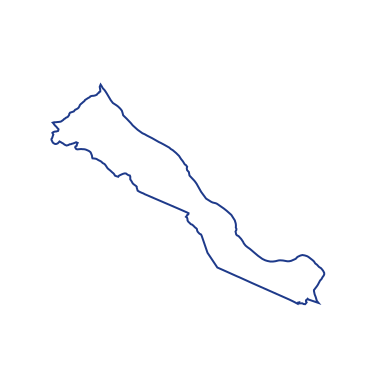 the district of Presidente Epitácio, São Paulo, Brazil, rotated 107°
{"feature_id": "56859067B48653003049602", "entity_name": "Presidente Epitácio", "entity_type": "district", "adm_level": 2, "iso_a3": "BRA", "parent_name": "Brazil", "parent_adm1": "São Paulo", "projection": "equal_earth", "projection_center": [-52.191, -21.884], "detail": "fine", "context": "isolated", "style": "outline", "palette": "blue", "viewbox_px": 384, "rotation_deg": 107, "n_neighbors": 0, "source": "geoboundaries", "source_scale": "gbopen_adm2", "svg_char_len": 4079}
<svg xmlns="http://www.w3.org/2000/svg" viewBox="0 0 384 384"><g transform="rotate(107 192 192)"><path d="M268.0,58.2L266.8,58.3L266.2,57.3L267.3,57.2L266.8,55.8L266.2,53.9L266.5,52.5L266.2,51.0L265.3,50.6L264.1,50.1L263.1,51.1L262.2,51.3L261.4,50.7L260.3,50.2L260.8,49.3L260.8,47.9L261.1,38.6L259.6,40.8L256.4,42.9L254.0,44.8L251.1,46.4L250.1,46.7L246.1,45.2L244.9,44.8L243.8,44.5L239.1,43.6L237.7,42.8L235.0,42.2L233.4,41.6L231.9,41.5L230.6,42.0L228.9,43.7L227.2,46.2L226.5,48.7L225.0,51.2L224.3,53.2L222.7,55.1L221.9,56.8L220.0,61.8L219.7,63.5L219.7,65.7L220.0,68.0L221.1,69.8L223.2,72.1L224.1,72.6L225.6,73.3L228.8,77.0L229.9,79.0L230.4,80.8L230.9,85.0L231.6,87.9L232.2,89.3L233.8,92.0L234.8,94.2L235.6,96.7L235.9,99.7L235.9,102.0L235.4,105.2L234.3,108.4L233.7,110.2L231.6,115.1L230.4,117.8L229.4,120.2L228.6,122.7L227.6,125.1L226.0,127.4L224.6,128.7L222.5,131.3L220.6,134.5L220.3,136.3L219.7,137.3L217.1,138.8L215.3,138.5L214.2,138.8L213.2,139.7L211.5,140.1L209.9,140.7L209.0,141.2L206.6,142.8L202.4,147.7L199.8,153.4L198.5,156.7L196.0,164.5L195.8,166.0L196.0,169.2L195.8,170.7L194.2,176.6L189.2,183.3L182.8,190.0L181.4,191.8L180.5,193.1L177.0,199.2L174.9,200.3L173.9,200.8L172.5,203.1L170.7,204.0L169.3,204.0L168.1,205.6L167.7,207.0L165.4,209.6L163.6,212.2L161.3,214.9L159.4,218.5L157.6,222.7L157.1,224.8L156.2,226.7L154.9,232.6L154.2,236.2L153.9,238.3L152.2,245.8L151.2,251.5L150.6,254.1L150.3,256.6L148.4,262.2L145.6,268.2L144.0,270.6L141.0,275.9L138.8,280.2L136.4,281.7L134.7,282.9L133.3,284.9L131.9,287.6L131.2,289.5L130.0,293.7L128.0,296.5L122.7,302.3L121.0,304.3L120.0,305.6L118.9,307.6L116.9,309.7L116.0,310.8L118.4,311.0L120.0,310.2L121.4,309.5L122.8,309.1L123.5,310.0L124.4,310.1L125.4,311.0L126.8,311.5L127.8,312.6L128.7,314.1L129.3,315.7L130.2,317.1L131.3,317.6L132.7,319.0L133.8,319.9L134.5,320.5L135.3,321.2L136.5,321.5L137.8,322.4L139.0,323.1L140.0,323.8L140.9,324.3L141.8,324.7L142.8,324.7L144.5,325.1L145.5,325.7L146.7,326.8L147.4,327.7L148.5,328.2L149.5,328.6L150.6,330.1L151.8,331.8L153.2,332.2L154.3,332.0L155.1,332.3L156.2,332.6L157.3,333.6L158.0,334.4L158.9,334.9L159.7,335.7L160.8,336.2L161.6,336.9L162.5,337.5L163.2,338.3L163.9,339.8L164.6,341.5L165.3,343.1L165.6,344.2L166.4,345.4L167.0,344.4L167.7,343.6L168.6,342.2L169.2,340.9L170.1,339.6L171.0,338.0L172.7,337.9L173.7,339.3L174.3,340.8L175.2,342.1L176.3,342.8L177.0,342.1L177.6,341.4L179.0,341.5L180.7,341.5L181.6,341.6L182.5,341.9L183.4,341.5L184.4,340.5L185.4,339.6L185.9,338.3L186.1,336.9L185.7,335.8L184.8,334.7L183.4,333.9L182.4,333.5L182.7,332.0L183.0,330.9L183.3,329.4L183.8,328.2L184.1,327.0L184.2,325.5L183.2,323.9L182.2,323.0L181.7,321.8L181.0,321.0L180.5,320.1L179.8,319.2L179.1,318.3L178.3,317.4L178.5,315.7L180.0,316.0L181.5,315.8L182.6,316.8L183.6,316.7L184.8,315.2L184.7,313.9L184.2,312.8L183.6,311.3L183.2,310.1L183.0,308.9L182.6,307.5L182.5,306.0L182.7,304.1L182.9,302.6L183.5,300.9L184.3,300.0L185.1,299.4L186.2,298.5L187.1,298.0L187.9,297.7L188.9,297.0L188.5,295.0L188.3,293.5L188.5,292.2L188.9,290.8L189.1,289.3L189.5,287.6L190.4,285.9L190.8,283.9L191.6,282.6L192.5,281.5L193.5,280.3L194.1,279.5L194.7,278.1L195.2,276.8L195.9,275.3L196.6,273.9L197.1,272.6L197.9,271.4L198.8,270.6L199.0,269.2L199.0,267.0L197.9,266.7L196.9,265.7L196.0,264.7L195.3,263.9L194.6,263.0L193.9,261.8L193.6,260.6L194.1,259.2L194.5,257.7L194.4,256.3L195.2,255.6L196.4,255.2L198.0,254.7L199.1,253.3L200.2,252.1L201.0,251.3L201.5,250.4L202.1,248.8L202.6,247.3L203.1,246.4L204.1,246.1L205.2,245.3L206.6,244.4L207.0,242.9L207.3,241.2L207.5,239.5L207.6,237.9L207.9,236.8L211.6,203.0L212.2,197.6L213.0,190.9L213.3,189.1L214.5,189.0L215.5,189.9L216.6,190.1L217.5,190.5L217.9,189.3L218.9,188.6L219.8,188.2L220.6,187.9L221.6,186.7L222.4,185.0L223.1,183.8L223.2,182.2L223.7,181.1L224.2,180.1L224.9,178.9L225.3,177.8L225.8,176.7L226.6,176.2L227.5,175.7L228.3,175.0L229.1,173.7L229.7,172.6L230.0,170.9L231.1,169.9L245.6,159.4L250.0,154.0L256.8,145.7L257.6,139.1L259.5,124.0L259.7,121.9L260.3,117.3L260.9,112.6L261.5,108.1L266.4,67.6L267.1,63.0L268.0,58.2Z" fill="none" stroke="#1e3a8a" stroke-width="2"/></g></svg>